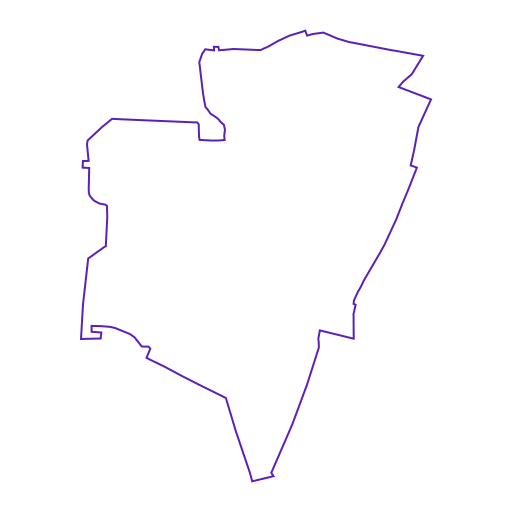 Muski, Al Qahirah, Egypt
{"feature_id": "37247803B88500614059504", "entity_name": "Muski", "entity_type": "district", "adm_level": 2, "iso_a3": "EGY", "parent_name": "Egypt", "parent_adm1": "Al Qahirah", "projection": "albers", "projection_center": [31.252, 30.05], "detail": "fine", "context": "isolated", "style": "outline", "palette": "violet", "viewbox_px": 512, "rotation_deg": 0, "n_neighbors": 0, "source": "geoboundaries", "source_scale": "gbopen_adm2", "svg_char_len": 2080}
<svg xmlns="http://www.w3.org/2000/svg" viewBox="0 0 512 512"><path d="M252.2,481.3L273.5,476.2L272.4,474.5L271.3,472.8L292.2,424.6L298.9,406.6L307.1,384.4L318.8,347.7L318.8,343.2L318.7,342.3L318.3,338.7L319.9,330.4L353.7,338.7L353.6,321.3L353.6,317.6L353.5,314.0L353.9,312.5L355.6,304.8L354.3,304.2L353.6,303.9L353.9,300.6L357.8,292.0L359.4,289.3L361.0,286.5L364.0,280.2L380.2,252.5L384.6,244.5L396.0,219.9L402.5,203.4L405.9,195.2L407.1,192.4L408.3,189.5L416.9,167.6L413.8,166.5L410.7,165.5L414.2,149.8L418.4,127.1L431.0,99.4L405.8,89.8L398.6,87.0L403.2,81.6L411.7,74.3L423.1,55.8L394.3,50.6L392.7,50.4L391.0,50.1L359.1,43.9L348.9,42.0L337.2,38.5L323.4,32.6L312.8,34.0L307.1,35.6L306.2,33.2L305.3,30.7L300.2,32.4L289.3,35.7L277.6,41.2L268.0,46.7L264.7,48.1L262.4,49.2L260.6,50.1L233.4,49.0L219.1,50.3L218.7,48.6L218.4,46.9L213.9,46.8L214.0,49.1L214.0,50.4L210.1,49.9L205.2,49.3L204.0,51.2L202.1,53.9L199.3,62.1L203.0,93.3L203.7,97.4L203.8,98.0L204.3,101.2L205.5,107.0L206.6,108.3L207.8,109.7L210.5,113.7L214.3,116.1L216.9,117.9L218.8,119.6L220.6,122.0L223.9,124.8L225.0,130.0L224.5,132.8L224.5,133.6L224.2,135.9L224.6,140.0L218.3,140.5L214.5,140.5L210.7,140.5L199.6,139.9L199.3,138.1L199.0,136.3L198.7,124.3L197.2,122.4L193.0,122.3L142.4,120.2L115.1,119.0L113.6,118.9L112.0,118.9L102.1,127.0L87.7,140.4L87.3,142.4L87.0,144.4L88.6,160.9L84.6,161.0L83.0,161.0L82.7,165.7L82.6,167.6L84.3,167.7L89.2,168.0L88.7,189.8L88.8,191.2L88.9,193.2L89.8,195.8L92.9,199.5L94.6,201.0L97.1,202.3L99.4,203.5L105.5,204.7L107.0,206.0L107.1,211.4L107.3,217.1L105.8,246.1L104.9,246.7L104.0,247.2L88.2,258.5L83.0,304.4L81.0,339.0L100.7,338.5L101.3,332.5L97.3,332.2L91.6,331.8L91.6,325.9L100.4,326.1L109.6,326.8L112.4,327.4L115.1,328.0L120.7,330.3L129.9,334.0L132.3,335.7L134.6,337.4L139.5,343.6L140.6,345.1L141.7,346.5L145.8,346.6L148.5,346.6L149.4,347.6L150.3,348.6L148.9,352.1L146.5,357.8L148.1,358.6L149.7,359.5L164.2,366.5L181.9,376.0L199.0,384.7L206.9,388.6L225.9,398.0L226.5,400.1L227.1,402.1L235.9,431.4L250.0,473.1L251.1,477.2L252.2,481.3Z" fill="none" stroke="#5b21b6" stroke-width="2"/></svg>